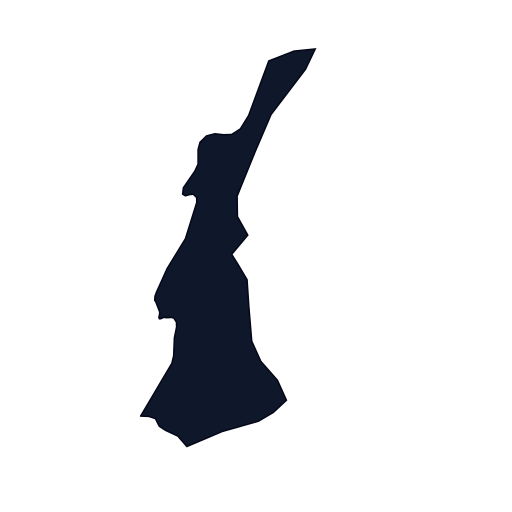 map outline of Moroto (Natural Earth projection), rotated 220°
{"feature_id": "UGA-3127", "entity_name": "Moroto", "entity_type": "District", "adm_level": 1, "iso_a3": "UGA", "parent_name": "Uganda", "parent_adm1": "", "projection": "natural_earth1", "projection_center": [34.678, 2.605], "detail": "fine", "context": "isolated", "style": "filled", "palette": "ink", "viewbox_px": 512, "rotation_deg": 220, "n_neighbors": 0, "source": "natural_earth", "source_scale": "10m", "svg_char_len": 1024}
<svg xmlns="http://www.w3.org/2000/svg" viewBox="0 0 512 512"><g transform="rotate(220 256 256)"><path d="M241.5,59.3L251.5,119.8L255.0,126.7L265.9,140.8L271.1,150.4L274.3,154.1L279.0,155.6L281.1,154.7L285.0,151.1L286.4,150.3L287.2,149.6L288.8,146.5L289.6,145.8L291.0,146.5L291.7,147.9L292.3,149.3L293.0,150.0L293.6,151.1L303.4,156.5L305.2,157.0L307.6,160.4L308.9,164.0L316.0,189.2L321.2,223.9L335.8,258.9L339.0,262.6L343.8,263.0L346.6,260.0L348.8,256.7L352.0,256.2L355.5,261.6L357.4,281.5L359.4,289.1L368.8,300.3L372.0,307.1L371.1,316.2L366.0,323.3L359.0,327.9L352.8,333.4L349.7,343.3L352.0,359.0L365.4,396.3L371.6,413.7L358.6,437.4L343.7,452.7L338.1,430.9L335.4,374.1L323.8,335.7L313.7,304.4L308.9,289.7L295.6,274.3L275.7,266.7L275.7,241.7L264.1,237.9L247.6,232.1L229.3,213.0L204.5,188.0L184.6,178.4L159.7,174.6L140.0,165.1L142.2,147.3L147.9,131.1L169.1,99.8L186.5,65.6L200.1,67.8L213.1,64.3L220.7,63.4L228.5,66.8L235.0,64.2L241.2,59.4L241.3,59.3L241.5,59.3Z" fill="#0f172a" stroke="#020617" stroke-width="1.5"/></g></svg>